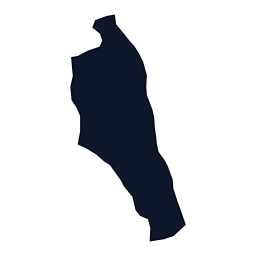 the district of Lythragkomi, Cyprus
{"feature_id": "46923920B82296583493570", "entity_name": "Lythragkomi", "entity_type": "district", "adm_level": 2, "iso_a3": "CYP", "parent_name": "Cyprus", "parent_adm1": "", "projection": "equal_earth", "projection_center": [34.175, 35.467], "detail": "fine", "context": "isolated", "style": "filled", "palette": "ink", "viewbox_px": 256, "rotation_deg": 0, "n_neighbors": 0, "source": "geoboundaries", "source_scale": "gbopen_adm2", "svg_char_len": 801}
<svg xmlns="http://www.w3.org/2000/svg" viewBox="0 0 256 256"><path d="M114.2,15.4L106.8,16.7L95.7,20.7L93.2,27.4L100.6,33.3L103.1,40.7L100.0,47.3L88.3,51.3L77.9,56.7L71.9,57.7L72.9,69.3L73.6,76.0L71.1,86.7L72.3,100.0L77.3,107.3L80.9,116.0L80.9,122.6L80.9,131.3L78.5,144.0L85.9,147.3L96.9,154.0L104.3,160.6L110.5,164.6L117.2,174.0L121.5,180.0L124.6,186.0L133.2,196.6L136.3,210.0L140.6,215.3L148.6,218.6L151.1,228.0L150.4,240.6L163.4,238.6L173.2,235.3L184.9,224.6L182.4,217.3L179.4,208.6L176.9,202.0L172.6,188.6L172.0,180.0L167.1,166.6L164.0,160.6L157.8,152.0L156.0,143.3L155.4,136.6L154.1,128.0L153.5,118.0L151.7,110.0L149.2,103.3L146.1,95.3L145.5,86.7L146.1,75.3L142.4,62.0L138.1,53.3L133.8,46.7L128.9,41.3L122.2,32.7L115.4,24.7L114.2,15.4Z" fill="#0f172a" stroke="#020617" stroke-width="1.5"/></svg>